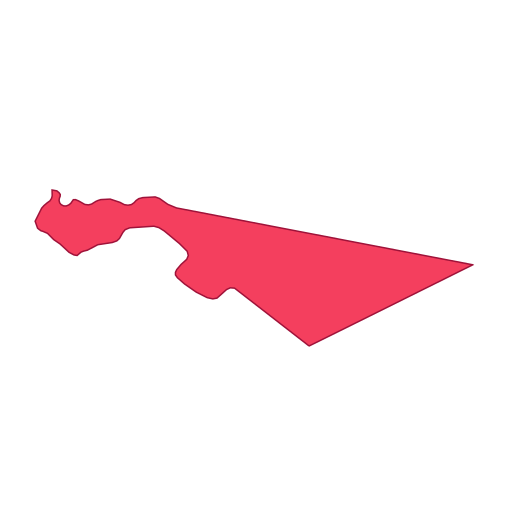 the Province of Zarqa, rotated 351°
{"feature_id": "JOR-860", "entity_name": "Zarqa", "entity_type": "Province", "adm_level": 1, "iso_a3": "JOR", "parent_name": "Jordan", "parent_adm1": "", "projection": "natural_earth1", "projection_center": [36.356, 31.849], "detail": "fine", "context": "isolated", "style": "filled", "palette": "rose", "viewbox_px": 512, "rotation_deg": 351, "n_neighbors": 0, "source": "natural_earth", "source_scale": "10m", "svg_char_len": 1225}
<svg xmlns="http://www.w3.org/2000/svg" viewBox="0 0 512 512"><g transform="rotate(351 256 256)"><path d="M468.7,298.6L455.3,302.8L398.9,320.5L342.4,338.2L294.6,353.1L293.8,352.6L229.8,284.4L225.6,283.4L221.7,284.5L210.9,291.5L206.6,291.6L201.3,289.5L191.4,282.4L181.1,272.5L175.0,265.2L173.5,262.1L173.9,259.5L175.6,257.0L180.7,252.6L187.1,248.4L189.2,245.0L188.8,240.6L182.3,231.7L169.3,216.9L164.6,212.8L159.8,210.6L135.7,208.4L130.9,209.5L128.2,211.9L123.8,217.4L120.9,219.3L116.2,220.2L101.5,220.1L90.3,223.9L86.6,224.2L83.8,224.8L79.4,227.5L76.4,226.5L72.0,223.2L64.3,213.4L58.8,208.2L53.6,201.0L49.2,198.2L47.6,197.5L45.8,195.7L44.6,194.3L43.3,187.1L51.8,175.2L54.5,173.0L58.1,170.8L61.1,169.3L63.0,167.2L64.1,164.8L64.9,158.9L69.5,160.5L71.4,162.7L72.3,164.6L71.9,166.4L70.9,168.1L70.2,170.2L70.4,172.8L71.5,174.7L73.8,176.4L76.3,176.9L79.0,176.3L81.3,175.0L84.4,171.8L86.6,172.1L89.5,173.9L95.0,178.3L98.5,179.3L101.7,179.0L106.4,177.0L108.8,176.4L111.6,176.0L120.9,177.0L130.0,181.7L134.0,184.7L137.5,185.8L141.0,185.7L143.9,184.3L146.3,182.4L149.2,181.0L153.4,180.6L165.7,181.9L169.7,184.1L177.0,191.2L185.0,196.1L468.2,298.4L468.6,298.5L468.7,298.6Z" fill="#f43f5e" stroke="#9f1239" stroke-width="1.5"/></g></svg>